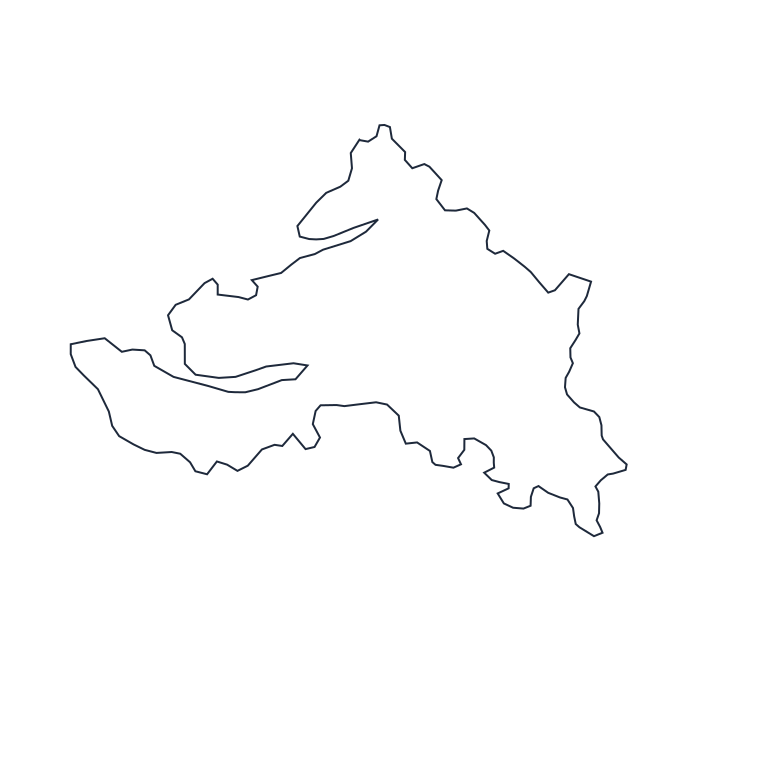 Haenam-gun, South Jeolla, South Korea (Natural Earth projection), rotated 311°
{"feature_id": "91817680B93885607227135", "entity_name": "Haenam-gun", "entity_type": "district", "adm_level": 2, "iso_a3": "KOR", "parent_name": "South Korea", "parent_adm1": "South Jeolla", "projection": "natural_earth1", "projection_center": [126.514, 34.528], "detail": "fine", "context": "isolated", "style": "outline", "palette": "slate", "viewbox_px": 768, "rotation_deg": 311, "n_neighbors": 0, "source": "geoboundaries", "source_scale": "gbopen_adm2", "svg_char_len": 2638}
<svg xmlns="http://www.w3.org/2000/svg" viewBox="0 0 768 768"><g transform="rotate(311 384 384)"><path d="M552.3,205.2L536.5,207.4L525.8,218.3L514.0,223.7L504.3,221.6L490.4,215.0L476.4,213.9L446.4,215.0L440.0,223.7L444.3,232.4L448.6,237.9L453.9,243.3L462.5,248.8L481.8,258.6L504.3,271.6L487.2,270.5L470.0,265.1L445.4,249.9L436.8,246.6L423.9,237.9L413.2,235.7L400.3,233.5L389.6,225.9L375.7,216.1L374.6,224.8L367.1,229.2L358.5,225.9L354.2,217.2L342.4,199.8L349.9,193.3L351.0,185.6L342.4,182.4L319.9,181.3L307.1,174.8L294.2,175.9L285.6,188.9L286.7,200.9L283.5,207.4L268.5,220.5L267.4,235.7L280.2,255.3L292.0,267.3L310.3,278.2L319.9,283.6L340.3,302.1L347.8,314.1L329.5,314.1L319.9,304.3L297.4,292.3L286.7,284.7L280.2,277.1L275.9,271.6L267.4,253.1L251.3,220.5L247.0,198.7L252.4,188.9L252.4,181.3L244.9,171.5L236.3,165.0L235.3,143.2L221.3,131.3L208.5,121.5L201.0,128.0L194.5,140.0L193.5,151.9L192.4,171.5L182.7,194.4L174.1,206.3L170.9,218.3L174.1,234.6L177.3,246.6L182.7,257.5L193.4,268.4L197.7,276.0L197.7,289.0L194.4,298.9L199.8,309.7L215.9,308.7L220.2,318.5L222.3,330.4L233.0,334.8L245.9,334.8L254.5,334.8L266.3,341.3L270.5,347.9L286.6,347.9L283.4,367.5L290.9,372.9L301.6,370.8L307.0,356.6L318.8,350.1L326.3,350.1L337.0,362.0L341.3,368.6L351.0,377.3L365.0,390.0L370.5,399.8L369.8,415.9L359.5,427.0L353.3,439.6L361.6,447.3L363.6,462.6L356.8,471.7L356.8,475.9L360.9,482.2L366.4,491.3L373.9,494.8L376.7,488.5L387.0,487.8L395.2,480.8L402.1,487.8L404.8,501.1L404.1,508.7L400.7,515.0L396.6,518.5L393.2,522.0L382.8,517.8L382.2,528.3L385.6,535.3L390.4,543.7L387.0,546.5L376.0,541.6L372.5,552.8L375.3,562.6L381.5,571.0L388.3,574.5L395.2,568.9L403.5,565.4L408.3,567.5L409.6,579.3L413.8,591.2L417.2,598.2L414.4,608.0L408.9,614.3L404.1,620.6L404.1,625.5L406.9,642.3L415.1,646.5L417.9,640.9L420.6,633.9L427.5,631.1L435.1,624.8L443.3,616.4L445.4,610.8L453.6,610.8L462.5,612.2L466.7,615.7L477.7,622.7L482.5,619.9L482.5,609.4L483.8,600.3L485.9,585.6L487.9,582.1L495.5,575.2L500.3,568.2L501.0,560.5L494.8,547.2L494.8,539.5L496.2,529.0L500.3,522.7L507.8,517.1L514.7,515.7L523.6,512.9L526.4,507.3L533.2,501.1L542.9,499.7L550.4,498.3L555.9,491.3L568.3,481.5L577.9,480.8L583.4,479.4L589.5,476.6L597.1,473.1L588.2,451.5L566.9,451.5L560.7,448.0L562.7,434.0L564.8,421.4L564.8,413.1L564.1,399.8L562.7,386.6L555.2,382.4L553.8,373.3L559.3,367.7L568.9,362.8L570.3,355.9L572.3,339.8L570.9,331.4L562.0,324.5L555.1,316.1L557.9,302.2L565.4,298.0L575.7,293.8L577.8,275.7L576.4,270.1L565.4,263.8L566.8,252.7L572.9,247.8L574.3,229.0L581.8,219.9L579.8,214.4L576.3,210.9L566.1,215.8L556.5,213.0L552.3,206.0L552.3,205.2Z" fill="none" stroke="#1e293b" stroke-width="2"/></g></svg>